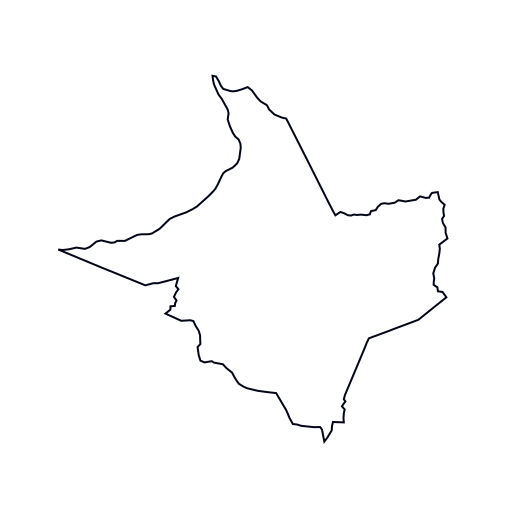 São José do Egito, Pernambuco, Brazil, rotated 192°
{"feature_id": "56859067B74769239059488", "entity_name": "São José do Egito", "entity_type": "district", "adm_level": 2, "iso_a3": "BRA", "parent_name": "Brazil", "parent_adm1": "Pernambuco", "projection": "orthographic", "projection_center": [-37.263, -7.536], "detail": "fine", "context": "isolated", "style": "outline", "palette": "ink", "viewbox_px": 512, "rotation_deg": 192, "n_neighbors": 0, "source": "geoboundaries", "source_scale": "gbopen_adm2", "svg_char_len": 2517}
<svg xmlns="http://www.w3.org/2000/svg" viewBox="0 0 512 512"><g transform="rotate(192 256 256)"><path d="M450.8,221.2L404.8,212.6L395.6,211.0L358.2,204.3L350.6,208.1L346.1,209.0L327.6,218.3L328.2,209.9L325.0,207.4L326.6,203.8L327.8,199.0L324.5,196.0L325.3,193.1L325.0,190.3L329.2,189.0L328.6,185.7L332.6,180.8L315.6,177.1L306.9,179.5L303.7,179.3L300.6,175.2L296.6,171.1L294.2,166.8L293.1,162.1L292.1,158.3L294.2,154.8L291.5,147.3L288.6,142.1L284.3,141.2L277.4,143.9L275.0,143.0L265.8,143.2L261.6,140.2L255.1,136.9L251.7,132.8L248.7,129.7L246.1,127.4L241.3,125.7L237.5,124.8L226.3,124.5L216.9,125.2L207.8,126.1L194.5,111.6L192.4,108.7L189.6,104.6L185.0,99.3L181.0,99.7L176.4,99.3L164.0,100.6L157.7,102.0L155.4,100.0L150.6,88.7L148.6,92.9L147.5,95.9L145.7,101.1L146.3,105.5L146.2,109.6L140.7,110.6L135.5,111.5L136.7,115.5L137.4,120.6L137.4,124.4L140.7,126.8L139.6,129.7L138.3,132.3L140.3,134.1L140.1,138.4L132.3,179.4L131.8,182.0L130.4,189.6L129.7,193.9L128.4,199.0L118.3,205.4L112.1,209.3L104.7,214.1L84.0,227.3L61.2,255.2L66.1,259.6L70.7,259.3L72.1,263.1L76.2,264.7L76.8,267.8L77.0,271.2L79.0,275.9L78.4,281.8L76.5,286.5L77.1,290.7L77.2,296.2L77.7,301.4L79.1,305.2L72.4,312.9L73.9,315.6L75.4,318.2L76.5,323.3L80.1,327.2L81.7,331.0L80.4,334.3L81.7,337.6L82.6,341.2L82.1,345.3L86.0,347.5L88.3,349.3L91.5,356.3L97.0,354.3L98.1,351.7L98.8,349.0L102.3,348.1L107.9,348.4L111.3,344.3L121.1,340.4L128.2,340.2L131.5,336.9L137.3,334.6L141.5,334.3L144.5,333.0L147.2,329.2L148.4,325.8L152.9,323.8L153.3,320.4L156.3,318.9L161.9,318.3L165.9,317.1L168.9,316.9L171.5,315.3L174.8,315.0L178.9,316.2L182.6,316.6L186.8,312.3L190.6,316.6L192.7,319.3L195.8,323.0L225.8,360.5L255.0,396.7L259.6,396.8L267.3,398.2L273.6,402.0L276.7,405.8L283.7,408.2L288.0,411.3L294.4,417.1L299.2,419.5L305.0,415.8L309.0,413.6L312.6,412.3L315.3,412.0L318.4,412.3L322.7,412.6L325.8,415.2L328.4,418.9L332.5,423.3L336.0,423.2L334.5,418.8L332.6,414.9L326.3,406.2L322.3,402.7L314.3,393.6L312.5,390.0L312.1,383.7L308.7,377.8L304.4,371.8L301.1,368.5L297.2,366.3L294.6,362.6L293.4,358.6L292.6,347.5L293.6,343.0L295.1,340.5L297.2,337.6L303.3,332.7L305.1,330.3L306.0,327.7L308.6,316.8L309.9,313.0L311.3,310.3L315.1,304.4L324.0,292.2L327.9,288.5L331.2,285.9L333.3,284.2L344.0,277.6L348.2,274.2L350.9,270.1L355.9,262.6L362.5,256.4L365.5,255.0L372.6,253.4L376.7,251.9L387.3,243.6L395.0,241.9L397.1,239.9L400.5,238.8L410.6,239.1L415.1,236.9L420.5,230.2L424.8,227.4L433.4,226.9L440.8,223.5L446.2,221.7L450.8,221.2Z" fill="none" stroke="#020617" stroke-width="2"/></g></svg>